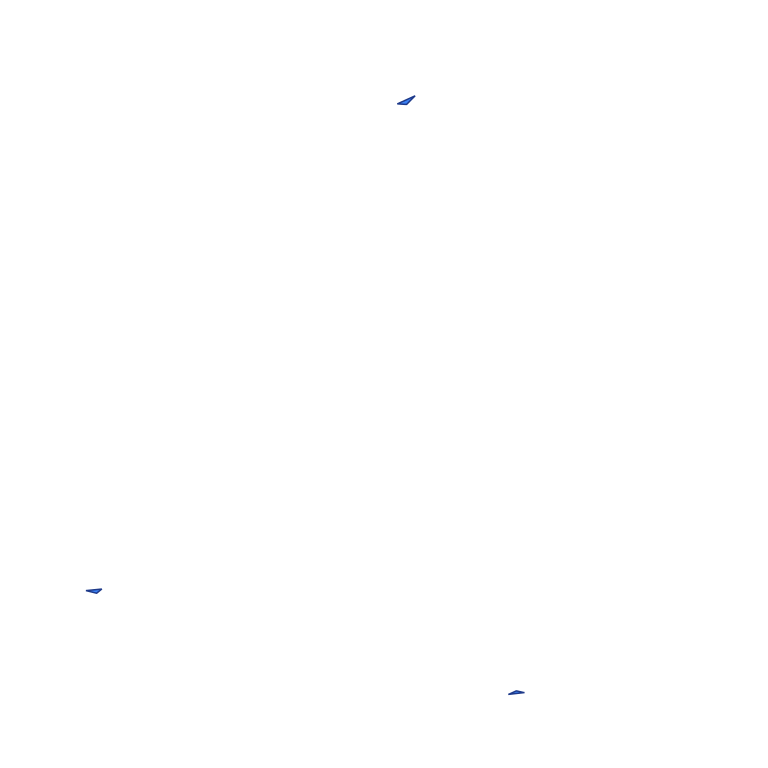 SVG path tracing the border of Vaavu, rotated 287°
{"feature_id": "MDV-5235", "entity_name": "Vaavu", "entity_type": "Atoll", "adm_level": 1, "iso_a3": "MDV", "parent_name": "Maldives", "parent_adm1": "", "projection": "equal_earth", "projection_center": [73.599, 3.429], "detail": "fine", "context": "isolated", "style": "filled", "palette": "blue", "viewbox_px": 768, "rotation_deg": 287, "n_neighbors": 0, "source": "natural_earth", "source_scale": "10m", "svg_char_len": 434}
<svg xmlns="http://www.w3.org/2000/svg" viewBox="0 0 768 768"><g transform="rotate(287 384 384)"><path d="M655.8,314.8L656.1,315.2L668.5,329.3L668.7,329.5L664.2,327.1L658.0,323.9L657.6,322.5L655.8,314.8ZM99.3,159.4L105.3,173.8L105.5,174.1L100.1,170.5L99.9,170.3L99.3,159.4ZM123.5,593.6L123.8,594.1L125.9,596.5L129.1,600.1L129.3,600.9L129.8,607.9L130.0,608.6L123.5,593.6Z" fill="#3b82f6" stroke="#1e3a8a" stroke-width="1.5"/></g></svg>